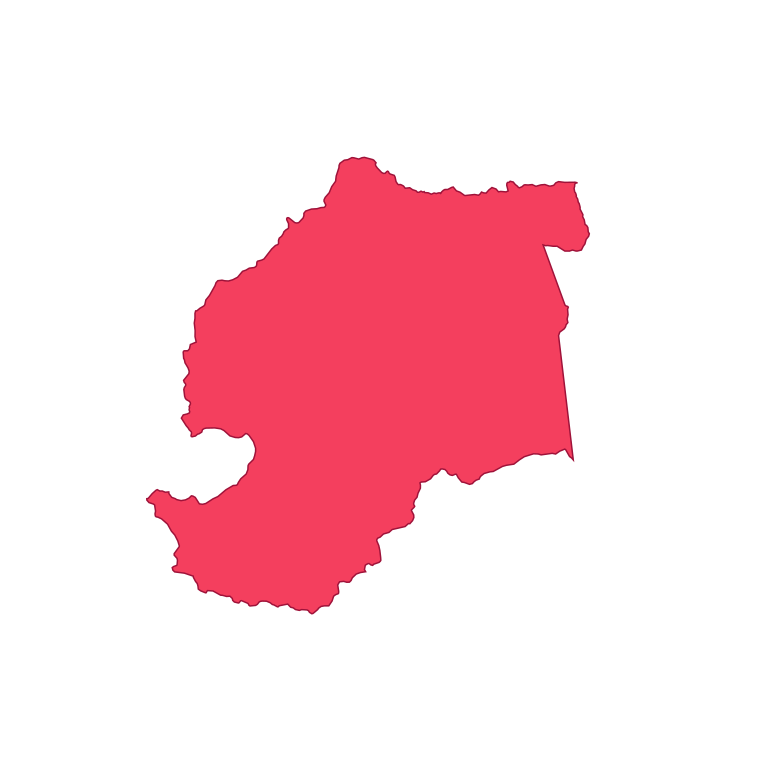 outline of Candarave, Tacna, Peru, rotated 220°
{"feature_id": "86281439B21973804686801", "entity_name": "Candarave", "entity_type": "district", "adm_level": 2, "iso_a3": "PER", "parent_name": "Peru", "parent_adm1": "Tacna", "projection": "albers", "projection_center": [-70.288, -17.116], "detail": "fine", "context": "isolated", "style": "filled", "palette": "rose", "viewbox_px": 768, "rotation_deg": 220, "n_neighbors": 0, "source": "geoboundaries", "source_scale": "gbopen_adm2", "svg_char_len": 6171}
<svg xmlns="http://www.w3.org/2000/svg" viewBox="0 0 768 768"><g transform="rotate(220 384 384)"><path d="M518.7,241.3L517.8,240.9L516.7,238.9L515.2,238.1L514.5,236.8L515.5,234.6L517.9,231.3L517.3,227.6L508.7,224.9L505.7,224.4L503.8,223.7L500.9,223.5L499.9,222.7L498.5,220.2L497.8,219.9L497.0,220.3L495.0,223.0L494.6,225.7L493.7,226.9L492.7,230.0L493.7,232.3L493.1,234.2L491.9,235.9L485.4,241.6L480.3,244.7L476.7,245.5L468.7,245.2L463.6,247.4L460.9,249.4L459.0,252.0L458.1,257.2L456.6,257.9L454.3,257.9L446.9,255.9L441.1,252.3L439.0,249.8L437.0,246.0L435.5,242.3L436.1,235.6L435.6,234.0L433.2,230.9L431.7,226.5L432.8,219.3L432.3,215.0L431.7,212.9L431.9,211.6L434.3,209.3L437.1,201.4L438.9,191.0L441.2,186.1L443.7,177.9L445.7,175.2L448.4,173.5L455.7,175.8L458.4,175.3L459.7,174.5L460.0,171.3L461.6,167.6L464.5,164.2L468.5,162.2L470.2,162.0L473.8,160.7L478.3,161.8L479.5,163.0L482.0,160.5L485.1,159.5L487.0,157.9L489.8,157.3L490.4,155.9L491.1,151.0L491.1,144.8L492.0,143.7L491.0,142.6L487.8,142.1L483.5,143.8L482.0,143.9L477.3,139.8L475.9,137.3L474.3,135.9L473.2,135.8L471.5,136.7L467.7,137.7L459.7,137.5L452.2,134.6L447.1,133.8L441.0,131.2L436.7,128.4L436.3,127.7L435.7,119.2L434.7,118.0L430.5,117.4L428.9,116.2L426.5,112.8L426.2,111.8L427.9,108.8L428.2,107.2L426.1,105.7L423.6,105.5L415.3,110.8L406.6,114.2L405.8,113.4L401.4,111.6L398.8,111.1L396.7,109.7L394.4,107.5L391.5,107.7L386.5,109.3L386.0,110.0L386.4,110.8L386.4,112.3L382.0,115.5L373.4,117.2L371.9,118.3L368.0,120.1L365.6,122.4L362.4,122.2L360.8,121.0L358.5,120.8L354.8,122.6L354.4,123.3L354.5,125.8L353.8,126.5L347.1,128.5L345.2,127.7L344.0,127.8L340.0,131.9L339.4,133.8L339.5,136.9L338.9,138.1L337.8,139.4L334.4,142.1L330.6,143.3L327.9,143.3L326.3,144.0L322.4,144.8L321.8,145.4L321.7,146.8L316.3,153.5L312.0,153.0L309.6,154.2L306.9,154.3L303.3,156.2L302.1,158.2L297.8,161.4L296.2,161.8L294.3,161.2L291.6,161.6L290.9,162.6L290.5,164.6L289.8,168.6L290.0,170.2L289.2,173.2L287.1,175.7L283.7,178.6L284.3,184.4L286.2,189.1L285.6,191.6L284.3,193.9L284.4,194.7L285.5,196.1L290.3,200.3L290.9,203.9L288.0,206.9L285.1,208.2L283.1,210.0L282.9,212.3L283.7,215.2L283.1,220.6L280.8,224.5L277.4,228.4L279.7,229.3L281.8,233.1L281.6,234.0L280.8,236.1L280.0,236.9L277.7,237.0L276.1,237.8L276.0,239.4L273.1,244.2L272.9,245.9L273.1,246.9L275.2,249.1L280.2,253.8L284.2,256.9L288.7,259.2L289.5,260.1L289.7,261.9L288.5,264.3L288.0,268.8L284.8,273.5L284.2,277.8L276.2,288.4L275.6,292.7L274.4,293.6L274.4,294.2L274.3,297.7L275.3,300.9L277.1,302.8L281.6,304.7L282.0,305.2L281.7,308.9L281.9,310.1L283.6,310.7L284.7,311.8L285.4,313.6L285.9,314.8L285.9,318.5L287.7,322.1L289.1,327.5L291.1,330.0L292.9,331.3L292.5,332.8L289.5,335.7L287.4,341.3L287.6,345.7L287.2,347.2L285.9,348.9L285.6,353.5L285.9,355.1L284.9,356.3L282.3,357.7L279.9,357.5L277.8,356.7L275.2,356.8L273.8,357.4L272.8,358.0L271.4,360.7L270.5,361.4L266.9,359.9L261.4,358.9L259.2,360.2L254.0,362.1L252.3,364.5L252.2,367.1L251.6,369.6L249.9,372.5L250.5,373.8L250.6,375.8L249.8,379.8L246.4,384.8L244.1,387.2L240.3,397.0L238.0,400.4L233.0,406.1L231.5,413.0L229.8,418.5L224.6,426.6L220.9,429.5L218.1,430.7L210.6,439.0L207.5,440.7L206.2,445.5L203.7,450.3L202.7,450.5L195.2,447.7L192.8,447.9L190.2,447.5L281.4,533.3L282.7,536.7L281.4,542.2L281.7,544.5L282.6,546.5L282.6,549.2L285.4,551.4L287.5,555.3L291.4,559.2L292.2,561.3L293.2,561.5L294.6,560.8L296.1,560.8L351.5,592.8L349.0,593.9L347.8,595.2L342.9,598.3L340.0,600.8L330.9,602.1L327.4,605.0L325.7,607.8L322.5,609.2L321.3,610.2L318.9,613.5L319.9,617.6L320.1,620.4L322.1,624.7L322.2,628.7L323.3,631.1L325.4,631.9L328.4,634.9L330.8,635.7L332.4,635.4L336.2,638.5L339.3,639.8L340.5,641.6L346.2,644.0L347.4,645.5L350.5,647.7L352.1,648.2L354.6,650.2L357.2,651.1L357.9,652.1L359.9,653.4L361.5,653.8L364.1,656.0L365.1,658.1L366.3,659.6L366.3,661.0L365.1,662.5L367.3,661.4L375.2,654.6L380.4,651.2L381.7,648.5L381.7,645.3L383.6,642.7L384.7,641.8L389.0,640.2L391.8,637.4L394.7,633.1L398.7,632.0L401.5,629.1L404.1,627.2L404.7,626.3L405.1,623.8L406.4,621.3L407.5,621.0L408.9,621.3L411.7,621.2L414.8,621.8L417.7,620.4L417.8,619.0L418.9,617.8L418.8,616.7L417.7,615.1L413.0,611.7L414.0,609.6L418.3,606.6L419.9,604.8L423.5,605.4L427.6,603.9L428.4,600.1L428.5,595.9L430.4,594.5L432.7,593.7L432.5,591.4L432.9,589.4L436.4,587.4L443.0,580.5L443.6,580.2L449.0,579.8L452.7,578.5L457.6,579.4L458.6,578.0L460.2,574.0L462.4,572.1L463.0,570.7L463.3,568.3L463.1,566.5L463.7,566.6L465.2,565.3L466.4,563.5L468.4,562.5L469.8,559.8L473.0,558.9L475.9,556.8L476.9,557.2L477.5,556.0L479.6,555.5L480.4,553.4L481.6,552.4L483.6,552.6L487.0,551.2L490.4,550.9L493.6,547.6L496.3,548.2L498.3,547.8L499.6,547.4L501.1,546.0L501.9,545.9L504.9,546.8L508.6,549.7L510.3,550.4L514.3,548.8L515.6,548.8L517.2,549.5L518.0,549.4L518.4,548.5L518.6,546.1L519.8,545.0L521.7,544.5L528.1,545.2L530.7,545.9L532.1,547.1L532.2,548.3L535.5,548.9L536.8,548.7L544.7,545.0L546.3,543.2L547.9,540.1L552.5,537.9L554.1,536.8L555.9,532.6L558.3,529.9L559.6,524.8L559.0,522.7L557.6,520.8L554.3,512.6L551.4,508.2L550.9,501.6L548.9,495.3L549.0,489.2L548.4,486.8L547.5,485.5L543.6,483.7L543.1,482.2L543.3,480.9L545.7,478.6L548.0,475.2L552.0,471.4L555.2,466.1L555.1,463.3L553.6,461.5L552.7,459.3L553.0,453.2L553.4,452.3L554.5,451.1L556.0,450.3L563.6,450.1L564.5,449.7L565.0,449.0L564.8,448.1L564.1,447.3L560.2,445.5L557.5,442.3L557.4,441.4L558.3,438.7L558.5,436.2L557.8,434.3L557.4,431.4L558.0,428.4L557.2,426.3L555.0,423.7L555.0,422.5L556.2,420.3L556.8,415.3L556.3,402.6L557.4,400.2L559.8,396.8L559.7,395.7L557.9,393.1L557.6,391.8L558.2,389.9L561.7,386.1L562.9,382.6L564.8,379.4L564.8,371.6L566.9,366.6L569.3,363.0L572.2,360.8L574.8,359.4L577.7,356.3L577.8,353.7L576.7,350.8L574.6,339.7L574.5,333.9L572.2,329.5L572.2,327.9L573.7,323.7L574.4,319.8L575.3,318.9L574.2,316.6L571.0,312.8L568.5,308.7L563.0,303.5L559.2,298.8L554.8,295.4L557.7,289.8L555.6,285.8L555.7,283.3L558.4,281.0L558.6,280.2L558.3,279.3L553.9,274.8L552.5,274.3L550.0,272.3L544.5,270.4L541.5,268.6L540.1,266.5L539.9,258.0L538.0,256.8L536.3,256.6L535.4,256.0L534.9,255.1L534.7,253.0L533.8,251.1L528.9,246.5L527.1,245.4L525.4,245.0L522.2,245.6L520.6,245.4L519.5,244.4L518.7,241.3Z" fill="#f43f5e" stroke="#9f1239" stroke-width="1.5"/></g></svg>